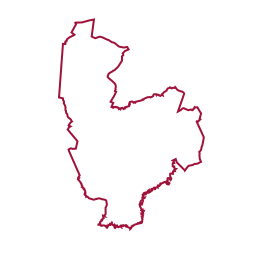 the district of Soconusco, Veracruz, Mexico, rotated 99°
{"feature_id": "50627088B56409372857875", "entity_name": "Soconusco", "entity_type": "district", "adm_level": 2, "iso_a3": "MEX", "parent_name": "Mexico", "parent_adm1": "Veracruz", "projection": "orthographic", "projection_center": [-94.827, 18.007], "detail": "fine", "context": "isolated", "style": "outline", "palette": "rose", "viewbox_px": 256, "rotation_deg": 99, "n_neighbors": 0, "source": "geoboundaries", "source_scale": "gbopen_adm2", "svg_char_len": 5893}
<svg xmlns="http://www.w3.org/2000/svg" viewBox="0 0 256 256"><g transform="rotate(99 128 128)"><path d="M55.1,205.4L108.6,200.9L108.9,196.9L110.6,196.5L111.6,195.5L112.8,195.2L113.6,195.3L115.4,193.9L117.4,192.9L119.3,192.8L120.4,192.4L120.8,191.9L122.6,191.5L123.8,190.2L126.5,189.2L128.5,185.8L130.1,184.8L130.3,184.4L131.7,185.6L134.0,186.8L134.8,187.0L135.4,185.0L136.7,186.5L139.0,187.3L149.0,175.8L156.6,176.3L157.3,179.6L157.0,181.0L157.5,182.1L158.5,183.3L160.1,182.6L182.3,168.3L184.6,169.4L185.2,169.4L185.2,168.5L185.4,168.6L185.4,168.9L186.7,169.3L186.9,168.8L189.5,166.0L190.2,165.8L190.6,165.1L191.6,164.9L192.6,163.9L193.3,163.7L193.6,164.1L194.5,162.5L194.8,163.0L194.7,161.8L195.3,161.5L195.5,161.9L196.6,160.6L197.9,160.1L198.2,160.3L199.0,159.8L199.8,159.9L199.5,160.4L200.2,160.5L200.3,160.0L200.7,160.1L201.1,159.2L202.5,158.6L202.0,158.0L202.6,156.7L203.5,155.6L204.2,150.7L202.1,146.0L202.0,144.7L202.5,141.8L202.3,141.4L202.5,139.4L203.0,138.2L206.4,137.0L207.7,136.9L210.4,137.7L216.0,136.7L217.2,136.9L218.4,138.3L219.0,137.4L219.0,138.1L218.7,138.9L220.3,138.4L221.0,138.0L222.5,139.5L222.7,139.1L223.4,139.1L224.2,140.2L225.3,140.9L225.9,140.7L226.2,140.4L226.7,140.6L227.9,142.1L228.2,142.1L228.2,141.4L227.7,141.0L228.1,139.6L228.7,139.4L228.8,138.9L228.1,137.6L228.0,136.0L228.2,135.2L228.4,135.0L228.1,134.6L229.4,133.8L229.8,133.2L229.0,132.8L228.2,133.6L227.8,132.3L227.2,131.9L226.7,132.1L226.6,130.4L226.3,130.2L225.3,130.6L224.9,129.4L224.1,129.1L224.4,128.9L225.2,129.2L225.7,129.0L226.0,128.4L226.3,127.4L226.1,126.9L225.6,126.4L226.0,126.2L226.2,124.6L226.5,124.5L227.3,125.4L227.5,126.1L228.5,125.6L228.8,125.1L227.5,124.2L226.4,123.9L226.1,123.5L227.4,122.5L227.4,121.7L226.4,120.6L226.9,119.4L226.0,119.9L225.3,119.6L225.3,119.0L225.7,118.5L225.0,118.0L224.8,117.6L225.4,117.2L224.2,114.8L224.4,114.4L224.8,115.2L225.1,115.2L225.6,114.4L226.0,114.9L225.6,113.5L226.3,111.5L226.3,110.2L227.4,110.0L226.5,109.3L225.9,109.3L225.5,108.9L224.6,109.0L223.8,108.4L224.0,107.7L222.5,106.5L221.1,103.4L220.4,103.4L220.3,103.0L220.6,102.2L220.3,101.4L219.7,101.7L218.8,100.6L219.0,100.0L219.7,100.0L219.6,99.7L218.7,99.4L218.1,99.3L217.5,99.6L215.8,99.4L215.1,99.9L214.3,99.6L213.7,100.4L213.4,100.0L212.4,99.4L211.6,100.1L211.4,101.1L210.4,100.8L210.1,101.3L209.9,100.9L210.0,99.7L209.2,99.9L207.7,99.5L208.0,100.1L207.9,100.8L207.6,100.9L206.9,100.6L206.5,100.7L206.4,101.0L207.5,101.7L207.3,102.1L206.8,102.0L206.2,101.5L206.2,101.8L204.0,103.6L202.0,104.5L201.4,102.3L199.8,102.1L201.0,103.2L200.4,104.3L198.6,104.0L197.5,103.5L197.2,102.7L197.2,102.0L195.0,102.8L195.0,101.3L194.7,100.8L194.1,100.6L194.4,101.3L194.4,102.2L193.8,102.6L192.5,102.3L192.3,102.8L191.9,103.1L191.1,102.6L191.6,101.9L191.0,101.8L190.8,102.3L190.5,102.4L189.5,101.9L189.4,101.6L190.4,100.8L190.8,100.1L189.9,99.6L189.3,100.4L189.0,100.4L188.7,100.1L189.0,99.1L187.1,98.5L186.0,97.6L187.2,97.2L188.0,97.9L188.6,97.9L188.7,97.4L187.1,95.5L186.0,95.3L185.2,95.5L184.5,95.3L184.5,94.9L185.3,94.2L183.9,93.7L183.1,93.2L182.7,92.6L182.9,92.1L183.5,92.2L184.2,91.9L184.1,91.6L182.6,91.4L182.0,89.9L182.2,89.3L180.2,89.6L179.9,89.3L180.5,88.3L180.4,88.0L179.3,87.3L178.1,87.5L177.7,87.3L177.9,86.3L176.7,85.3L176.7,84.7L175.8,83.8L175.4,82.6L177.4,80.6L177.4,79.0L176.2,78.4L175.7,78.7L175.9,80.0L175.5,81.0L174.4,81.3L174.0,80.5L171.9,81.1L171.3,80.9L171.1,79.8L172.8,77.8L172.1,77.4L170.9,77.4L170.1,78.2L168.7,78.9L166.6,79.2L166.1,78.2L166.3,76.5L164.0,76.7L163.6,76.5L163.3,74.9L162.0,75.7L161.3,74.5L161.0,74.3L161.1,75.0L160.8,75.6L159.6,76.0L159.5,76.6L159.2,77.0L158.8,76.8L158.8,77.8L157.2,78.2L155.7,78.2L155.4,76.9L154.6,77.4L153.5,77.4L153.1,78.7L152.5,77.9L152.2,76.5L151.7,76.7L151.2,76.0L153.6,74.9L154.7,73.9L160.6,65.7L161.2,65.2L157.2,63.2L155.8,62.1L154.4,58.2L153.2,56.9L152.4,53.9L150.0,50.6L147.2,52.3L143.6,53.2L141.9,53.2L140.5,53.9L138.7,52.6L137.2,52.3L135.5,52.4L133.6,51.9L127.1,51.6L125.1,51.8L110.9,61.2L110.6,61.0L111.2,60.2L108.2,58.0L108.0,58.7L102.2,58.1L96.7,62.8L97.2,64.5L96.9,65.4L98.4,65.7L98.6,66.3L100.1,66.8L100.4,67.3L99.9,68.6L101.0,71.4L99.7,76.1L100.1,77.1L102.2,78.9L103.9,81.2L85.4,77.9L84.3,78.6L83.7,79.9L83.2,83.6L82.5,85.3L80.2,87.8L81.1,88.1L81.3,89.8L82.0,91.0L82.0,91.6L81.5,92.1L81.3,93.0L81.9,93.4L82.8,95.0L84.2,95.6L85.0,95.7L87.1,98.1L87.4,98.2L88.9,99.5L90.3,98.8L89.9,100.0L90.6,100.3L91.3,101.2L91.0,101.5L90.8,102.8L90.5,103.0L90.3,103.9L90.6,104.5L91.1,104.8L90.3,105.3L90.6,107.6L91.5,108.1L92.4,108.1L93.6,109.3L93.7,109.9L94.3,110.5L94.1,111.3L94.5,113.4L96.5,116.6L97.6,117.1L97.5,118.1L98.2,118.3L99.2,120.3L100.7,124.2L101.8,124.7L101.4,125.8L101.5,126.0L102.1,126.1L102.2,126.5L101.4,127.2L101.2,127.9L101.9,130.1L103.0,130.5L104.1,129.8L104.4,129.9L104.4,130.6L104.8,130.6L104.6,130.3L104.8,130.1L105.5,130.1L105.9,130.6L106.3,130.5L107.4,132.9L107.8,132.9L108.1,134.2L109.1,134.1L109.2,134.6L110.0,135.2L109.9,135.6L109.3,135.7L109.0,136.9L109.5,138.0L110.3,138.2L109.9,138.5L110.7,139.9L109.8,140.1L109.3,141.2L109.6,141.6L109.1,142.5L109.4,142.7L109.4,143.4L109.2,143.5L109.1,144.0L109.4,144.2L109.5,145.4L110.3,145.7L110.2,146.6L109.7,146.8L109.7,147.6L105.5,146.5L104.8,149.3L98.7,146.8L94.1,145.4L93.6,146.7L92.0,146.2L90.9,146.6L89.5,146.5L88.5,146.6L87.2,147.2L86.2,148.0L84.2,150.8L81.7,155.0L80.8,156.1L79.8,156.1L77.6,155.7L76.2,154.4L74.5,152.2L74.0,151.9L73.0,150.4L70.0,148.0L68.1,146.9L62.5,144.5L60.8,144.6L58.5,145.2L58.0,145.1L56.9,144.1L55.7,144.4L55.1,144.9L52.5,143.1L50.3,139.7L48.1,141.5L49.0,144.1L49.2,145.4L49.0,149.3L48.7,150.2L46.0,154.8L45.7,157.6L44.0,161.2L44.0,162.4L42.6,166.9L42.2,169.9L42.5,170.9L44.4,174.2L44.3,175.0L43.3,178.2L26.2,178.6L27.8,183.1L30.9,189.9L32.1,196.2L32.4,196.5L33.3,195.5L42.5,198.7L44.3,195.5L44.8,196.0L47.7,200.1L50.1,202.2L52.0,202.3L52.1,203.2L53.3,203.5L54.1,203.0L54.8,203.0L55.1,205.4Z" fill="none" stroke="#9f1239" stroke-width="2"/></g></svg>